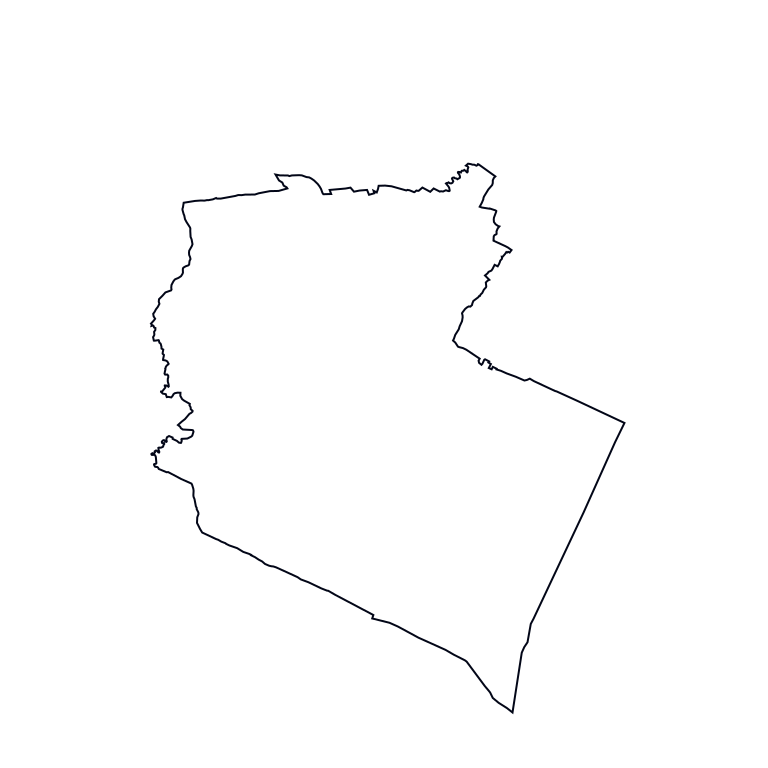 Orlesti, Vâlcea, Romania (Equal Earth projection), rotated 26°
{"feature_id": "2599482B88364464884635", "entity_name": "Orlesti", "entity_type": "district", "adm_level": 2, "iso_a3": "ROU", "parent_name": "Romania", "parent_adm1": "Vâlcea", "projection": "equal_earth", "projection_center": [24.217, 44.795], "detail": "fine", "context": "isolated", "style": "outline", "palette": "ink", "viewbox_px": 768, "rotation_deg": 26, "n_neighbors": 0, "source": "geoboundaries", "source_scale": "gbopen_adm2", "svg_char_len": 6165}
<svg xmlns="http://www.w3.org/2000/svg" viewBox="0 0 768 768"><g transform="rotate(26 384 384)"><path d="M643.5,622.9L625.6,565.1L625.4,559.0L626.2,553.2L621.1,535.3L621.3,529.5L619.7,411.8L617.2,335.2L617.2,313.6L564.8,314.4L542.4,315.0L540.8,315.3L517.5,315.7L512.7,315.3L510.7,317.7L508.7,319.3L499.3,319.7L489.7,320.7L483.4,320.9L478.7,321.6L478.6,320.9L474.3,320.9L474.3,323.6L471.2,323.7L471.3,319.2L468.4,318.9L468.6,317.6L464.0,317.5L463.5,318.3L463.6,322.7L463.2,324.0L460.2,323.3L458.8,321.6L458.9,319.3L442.9,317.1L439.2,317.1L435.4,317.9L434.1,318.0L429.9,315.5L427.0,314.7L427.0,312.6L426.5,308.6L427.2,302.1L426.7,299.0L426.6,293.4L425.5,289.7L424.6,288.0L423.1,286.2L423.2,285.0L424.0,281.0L425.1,278.6L426.2,277.1L427.7,276.6L428.5,274.4L428.1,272.9L427.9,270.2L430.7,264.7L431.0,263.1L431.6,262.8L431.6,261.2L432.4,259.1L432.4,255.5L433.3,252.4L433.1,251.4L431.0,248.1L431.9,245.6L433.0,244.2L427.2,242.2L428.6,239.0L428.8,237.4L430.8,235.0L431.1,233.2L431.2,228.4L434.6,228.4L434.8,225.7L434.6,223.0L434.4,222.2L435.1,219.9L434.9,219.1L434.1,218.0L434.8,217.8L435.8,214.1L436.1,211.8L437.0,211.9L437.6,210.8L439.3,210.8L439.9,207.7L435.5,207.0L432.6,206.9L419.8,207.2L419.7,206.8L419.4,206.8L417.9,203.1L418.1,201.7L419.3,200.2L419.4,199.7L418.2,197.5L418.0,194.3L418.6,191.8L417.4,192.0L414.3,191.5L411.8,190.2L410.5,188.0L409.9,186.3L409.3,179.9L409.0,179.2L408.0,179.1L402.1,179.9L402.0,180.2L394.5,182.5L392.3,182.7L392.5,178.2L392.3,174.5L391.9,173.4L391.7,171.7L392.5,163.4L394.0,157.7L393.7,155.8L392.5,153.2L392.4,150.8L393.1,148.6L372.6,145.1L372.0,145.3L372.1,146.3L371.3,147.3L369.1,147.3L367.3,148.1L365.7,148.3L363.0,149.1L361.9,151.8L363.9,151.8L364.8,152.3L365.1,154.5L366.1,156.2L366.2,157.0L366.0,157.4L365.5,157.4L364.4,156.8L362.3,156.4L361.9,157.4L360.4,158.3L360.4,160.2L359.0,160.3L357.7,160.9L357.6,161.3L357.9,161.8L359.7,162.6L361.1,163.9L361.7,164.9L361.7,165.6L360.2,167.8L359.2,167.5L357.4,168.0L356.4,167.7L355.3,168.5L355.0,169.2L355.1,169.7L357.4,171.4L357.3,173.2L356.5,174.2L355.3,174.7L353.6,174.5L353.2,175.3L352.3,175.8L351.8,176.6L355.3,178.2L356.4,178.9L358.1,181.1L358.3,181.5L358.1,182.0L357.3,182.4L354.7,182.7L352.7,185.1L350.7,185.8L349.8,186.6L342.9,186.5L341.3,191.0L332.4,190.6L330.5,195.1L329.9,195.5L328.3,195.9L327.4,198.0L327.0,198.4L322.0,198.7L319.9,199.3L319.4,200.1L319.0,200.3L304.1,203.0L298.0,205.2L292.3,208.2L293.1,211.2L293.5,215.0L289.9,214.9L291.7,216.8L287.6,220.5L283.7,217.0L277.3,220.8L272.7,224.3L267.8,222.2L263.7,225.2L250.1,233.4L253.2,236.4L246.3,240.0L244.9,239.2L241.9,236.3L239.5,234.7L236.8,233.3L231.9,231.7L228.7,231.2L226.2,231.1L223.6,232.0L218.7,232.5L216.2,233.5L209.8,236.9L207.8,238.6L206.2,238.7L199.1,242.1L194.7,243.3L200.4,247.1L204.3,247.5L206.9,249.7L210.2,249.9L211.4,250.6L204.6,256.7L197.0,260.6L187.8,267.5L184.9,270.3L176.1,274.7L173.5,276.5L170.0,278.2L168.0,280.1L155.9,289.0L152.6,290.6L151.6,290.4L149.2,293.1L145.5,295.8L144.2,296.4L142.4,297.8L138.9,299.4L133.9,302.3L124.5,308.9L125.9,313.5L126.0,314.6L126.5,315.8L129.5,319.2L130.5,320.0L132.9,323.1L135.5,325.0L141.1,328.4L141.8,329.2L142.8,331.4L145.7,336.6L147.7,338.4L150.6,342.3L150.8,344.2L150.5,349.6L151.2,351.5L152.3,353.4L154.0,354.9L155.3,356.5L155.3,358.7L156.5,362.1L156.1,363.2L154.1,365.2L152.8,367.2L152.6,368.1L152.9,369.1L154.5,372.1L154.6,373.6L154.3,376.1L152.7,378.8L150.4,381.4L150.1,382.1L149.7,384.1L149.6,388.2L150.6,390.8L151.6,392.2L151.6,393.2L147.4,397.5L146.2,401.8L144.6,406.4L145.5,408.8L147.0,410.4L146.9,413.9L146.3,416.8L146.2,419.7L145.8,422.1L147.3,424.2L149.7,425.7L149.3,427.8L148.1,431.9L149.4,432.5L149.6,433.7L150.7,432.7L151.5,432.9L152.6,434.0L154.0,433.9L154.8,435.7L154.5,437.9L155.9,440.2L156.1,441.2L155.9,443.1L158.1,445.9L158.9,445.6L162.2,443.4L162.6,443.6L164.0,445.3L165.4,445.6L165.9,446.0L167.6,448.0L168.5,449.7L170.5,449.8L171.6,453.6L171.9,453.9L173.4,454.3L173.7,455.0L174.6,458.7L175.0,459.3L177.3,458.6L178.7,458.6L179.5,458.8L181.6,460.3L181.6,460.7L180.6,462.7L180.4,464.6L180.7,465.4L180.6,466.1L181.2,466.8L181.5,468.4L182.2,470.9L183.2,471.5L185.1,470.5L186.4,471.1L187.2,472.6L187.4,474.1L188.6,476.6L190.7,479.0L191.6,480.5L191.4,481.0L190.5,480.7L188.8,480.8L187.6,481.4L187.7,481.8L188.7,482.4L189.0,483.1L187.9,487.9L186.9,488.5L187.0,488.8L189.4,489.6L192.3,488.8L194.5,491.0L195.9,490.1L198.7,489.3L199.2,487.3L199.3,485.3L200.0,484.0L202.2,482.3L204.9,481.1L206.1,483.9L209.2,486.1L211.7,486.6L218.2,487.0L218.5,488.4L220.4,489.7L221.4,491.4L223.7,492.0L224.0,492.8L223.3,494.6L222.2,496.1L220.5,502.8L218.7,506.5L216.8,511.2L219.4,511.7L220.7,512.7L223.1,513.1L231.7,509.5L232.7,509.4L233.7,510.4L234.3,514.5L233.8,515.8L231.2,519.2L226.2,522.0L226.1,522.5L227.1,523.7L227.4,525.6L227.3,526.0L225.4,526.6L222.8,525.9L218.1,526.0L217.5,524.8L213.6,525.0L212.3,527.0L212.6,529.2L213.9,530.8L213.8,531.4L212.9,531.6L210.8,530.9L210.0,531.7L209.6,533.2L210.0,533.9L210.5,534.3L211.0,534.2L212.1,533.6L212.8,534.2L212.6,535.9L212.9,537.0L212.7,537.6L211.3,539.1L209.6,539.8L209.2,540.3L210.2,541.9L211.8,543.5L211.9,544.1L211.3,544.4L208.7,543.6L208.1,543.8L207.5,544.9L207.4,545.1L208.1,545.9L207.6,547.3L207.3,547.7L206.2,547.7L205.6,548.7L205.9,549.3L206.5,549.5L208.8,548.2L209.8,548.6L210.9,549.6L214.1,554.9L214.0,555.6L212.6,556.7L212.6,557.2L212.9,557.6L214.1,558.5L214.6,558.7L216.7,558.0L217.6,558.2L218.8,559.1L227.3,558.6L228.6,557.8L243.4,558.3L254.6,557.9L255.8,558.8L258.6,561.8L259.7,563.5L261.4,567.5L262.3,568.9L264.2,570.6L268.6,576.5L269.9,577.4L270.6,578.7L272.8,580.3L273.7,581.2L274.3,582.3L274.6,585.7L276.8,590.8L282.3,595.0L285.7,597.2L300.9,597.0L303.3,596.7L306.9,597.0L311.4,596.6L312.0,596.9L315.8,596.9L324.0,595.9L331.1,596.6L337.5,595.8L339.5,595.8L339.5,596.2L344.0,596.2L348.4,596.8L352.2,596.9L355.9,597.9L360.4,597.7L362.6,597.2L364.5,596.5L367.4,596.1L391.0,595.5L394.9,596.1L403.0,595.3L417.2,595.2L423.4,594.7L424.5,594.3L432.8,594.9L475.7,596.3L476.2,599.9L493.6,596.2L502.7,595.9L526.2,596.9L555.8,596.0L565.5,596.7L577.9,596.9L580.0,597.3L607.0,611.3L613.3,614.1L614.7,614.8L619.4,618.5L626.8,620.3L636.6,621.4L643.5,622.9Z" fill="none" stroke="#020617" stroke-width="2"/></g></svg>